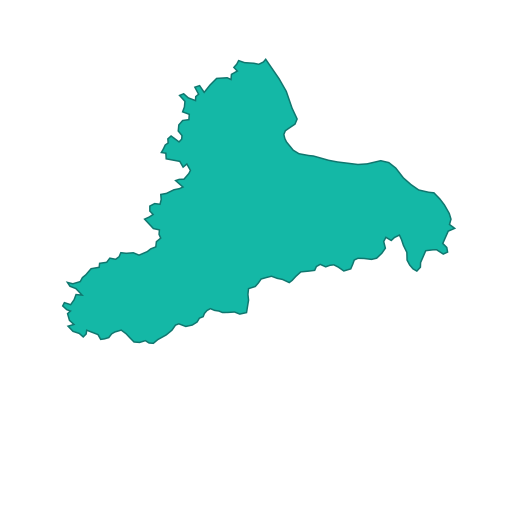 the district of Itaipulândia, Paraná, Brazil, rotated 125°
{"feature_id": "56859067B44371373624465", "entity_name": "Itaipulândia", "entity_type": "district", "adm_level": 2, "iso_a3": "BRA", "parent_name": "Brazil", "parent_adm1": "Paraná", "projection": "robinson", "projection_center": [-54.345, -25.136], "detail": "fine", "context": "isolated", "style": "filled", "palette": "teal", "viewbox_px": 512, "rotation_deg": 125, "n_neighbors": 0, "source": "geoboundaries", "source_scale": "gbopen_adm2", "svg_char_len": 2914}
<svg xmlns="http://www.w3.org/2000/svg" viewBox="0 0 512 512"><g transform="rotate(125 256 256)"><path d="M187.1,393.8L192.9,394.4L198.2,391.4L199.8,385.7L202.9,383.9L206.7,384.5L206.4,394.4L210.6,395.4L213.8,392.8L217.1,394.0L222.0,393.2L225.5,392.9L223.5,388.8L227.9,385.3L222.2,372.7L225.0,366.7L220.3,365.4L223.5,358.8L227.0,358.3L234.5,359.1L237.2,362.8L240.3,365.1L241.4,355.4L244.7,357.3L248.8,361.2L256.0,365.2L260.2,369.3L264.2,366.0L268.7,364.3L271.2,369.1L276.0,371.6L280.1,368.7L281.0,364.1L285.3,365.8L289.7,368.4L292.4,355.8L290.0,350.1L293.9,347.8L296.0,344.3L301.4,345.8L306.0,343.3L310.5,346.3L314.8,347.6L322.4,352.3L323.7,358.3L328.2,363.8L330.8,368.6L335.1,367.7L339.2,369.1L341.6,374.5L346.8,374.7L351.7,379.9L355.2,378.0L361.0,383.8L369.0,384.6L373.2,385.8L377.8,385.3L383.8,390.1L385.8,395.3L387.5,391.0L386.0,384.9L387.8,376.0L390.8,381.3L396.2,379.9L402.2,379.9L404.1,386.2L407.8,385.7L408.5,380.2L407.5,376.4L411.3,377.3L415.7,371.9L416.5,365.9L421.3,369.7L422.7,362.7L420.8,356.3L421.4,351.1L417.3,350.4L413.9,352.1L411.0,340.4L413.4,335.4L410.8,332.6L407.3,329.8L402.6,329.6L399.3,328.1L394.0,323.9L394.2,317.7L395.3,312.6L396.4,306.6L393.6,301.8L388.8,298.1L388.6,293.7L386.4,290.0L380.8,288.5L372.2,284.3L365.0,282.3L358.8,282.3L355.8,280.3L354.0,273.1L349.1,268.6L343.9,266.4L339.4,266.7L336.0,264.5L332.7,265.3L328.8,264.9L325.3,263.2L324.3,258.7L322.4,254.9L321.5,251.0L318.4,246.7L314.2,241.5L312.9,236.0L307.8,231.3L296.4,236.8L292.1,240.6L287.0,243.4L281.4,239.1L276.7,238.6L271.9,238.6L267.7,235.2L263.7,231.7L262.1,225.7L260.0,220.9L258.7,213.5L255.2,212.4L249.9,211.7L243.3,210.2L238.0,204.0L234.1,199.7L230.0,200.5L226.0,198.6L224.9,192.7L221.2,190.1L218.6,187.2L217.9,182.2L217.9,175.5L212.2,171.0L207.4,172.0L202.9,173.2L199.4,171.2L196.0,166.0L192.5,159.4L188.6,155.9L181.6,154.5L175.4,154.5L170.9,159.7L166.2,160.3L165.7,154.1L161.4,153.2L156.6,150.5L159.1,146.2L162.7,141.4L166.5,134.5L172.7,129.9L175.2,125.0L176.5,120.0L176.1,115.6L170.9,114.9L167.0,117.4L154.3,120.0L149.6,114.8L147.3,111.7L147.0,103.7L142.9,101.3L139.6,104.6L138.6,110.2L125.4,112.8L119.4,109.1L119.2,115.6L114.0,117.4L110.3,122.1L106.1,131.0L103.8,138.2L102.2,146.5L104.8,151.2L108.6,160.6L108.6,170.1L107.5,180.1L103.8,192.0L103.3,200.8L106.4,208.5L116.8,217.8L122.6,225.0L128.0,235.2L132.3,243.3L136.0,251.5L139.4,261.3L141.2,266.4L143.4,270.3L147.6,279.5L148.0,286.2L145.1,296.4L143.3,299.7L140.5,302.9L136.6,303.8L132.9,302.5L125.6,299.7L120.2,300.9L114.2,311.3L103.8,325.6L97.6,338.7L89.3,360.9L92.8,361.2L97.4,363.7L99.3,368.2L104.2,376.3L105.9,382.3L109.8,381.8L114.2,382.3L115.2,377.4L121.3,380.3L125.8,377.7L126.5,381.8L133.1,390.1L142.2,391.7L151.7,392.3L148.8,399.9L152.8,402.9L156.4,395.8L160.0,396.8L163.4,394.7L165.3,402.2L164.6,408.3L168.3,410.7L170.1,402.9L175.0,400.1L180.0,398.8L178.2,391.9L182.8,389.2L187.1,393.8Z" fill="#14b8a6" stroke="#0f766e" stroke-width="1.5"/></g></svg>